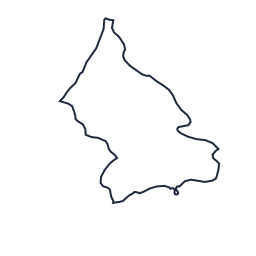 Sanmatenga, orthographic projection, rotated 318°
{"feature_id": "BFA-2825", "entity_name": "Sanmatenga", "entity_type": "Province", "adm_level": 1, "iso_a3": "BFA", "parent_name": "Burkina Faso", "parent_adm1": "", "projection": "orthographic", "projection_center": [-1.043, 13.248], "detail": "fine", "context": "isolated", "style": "outline", "palette": "slate", "viewbox_px": 256, "rotation_deg": 318, "n_neighbors": 0, "source": "natural_earth", "source_scale": "10m", "svg_char_len": 1550}
<svg xmlns="http://www.w3.org/2000/svg" viewBox="0 0 256 256"><g transform="rotate(318 128 128)"><path d="M181.2,204.1L178.0,203.7L173.0,204.4L171.1,207.6L171.8,212.2L171.9,215.3L167.6,219.3L162.5,222.7L159.4,224.4L155.5,223.6L148.9,219.4L140.3,208.6L134.6,205.6L129.0,205.8L126.7,205.7L126.4,205.0L125.3,204.4L124.0,204.6L122.9,205.2L122.5,205.9L122.4,207.4L122.2,209.1L121.4,210.3L119.8,210.1L118.6,208.6L119.4,207.1L120.8,205.8L121.6,204.5L121.2,202.8L120.2,202.1L119.3,201.8L118.8,201.4L119.0,200.0L116.2,195.2L110.3,190.7L103.9,187.6L97.4,185.9L93.3,184.5L91.7,181.9L90.2,179.9L87.9,179.9L83.5,178.9L78.8,178.7L75.5,178.9L72.3,177.3L68.9,174.9L66.8,173.7L68.1,172.8L69.6,167.7L73.3,161.8L73.1,159.1L70.6,154.7L70.8,150.6L75.2,146.3L82.6,143.6L89.8,142.3L95.2,142.3L99.7,143.0L100.2,139.5L99.3,133.8L99.8,130.5L101.9,126.5L102.6,122.8L99.3,115.5L94.5,109.9L92.1,104.6L95.5,100.3L96.9,95.2L95.2,89.2L95.0,86.1L96.9,83.9L98.8,80.1L101.1,74.4L99.9,69.9L95.4,62.5L100.8,62.1L106.4,60.5L112.2,59.6L118.9,59.5L128.7,55.5L131.8,56.0L141.0,51.4L157.7,47.5L176.0,38.2L182.8,31.7L184.9,31.6L185.3,32.7L186.6,35.1L188.3,37.2L189.2,38.0L183.0,43.0L181.6,47.4L182.3,54.6L180.9,63.4L178.3,67.8L175.5,68.9L172.5,71.2L170.9,75.5L171.1,83.1L174.4,97.5L176.5,101.4L179.0,103.6L180.6,112.9L182.6,119.7L184.0,127.0L183.2,134.1L180.6,141.8L179.7,150.0L180.7,158.0L180.0,162.9L178.4,165.5L174.8,166.3L165.9,161.0L163.9,161.7L163.1,163.4L163.8,167.3L166.7,174.5L171.5,182.2L177.4,188.8L180.7,195.8L181.2,204.1Z" fill="none" stroke="#1e293b" stroke-width="2"/></g></svg>